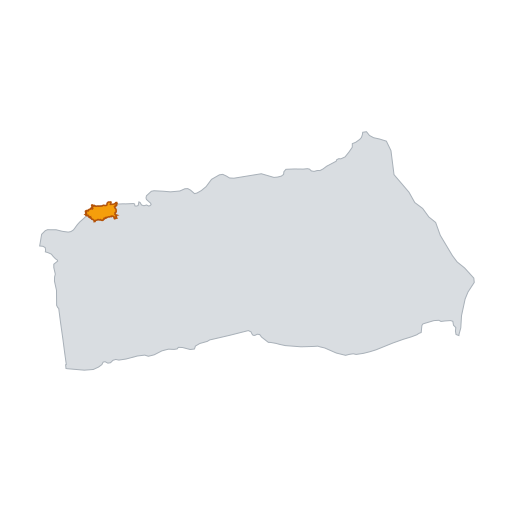 Chereponi, Northern, Ghana (highlighted), rotated 263°
{"feature_id": "2480657B14989848452061", "entity_name": "Chereponi", "entity_type": "district", "adm_level": 2, "iso_a3": "GHA", "parent_name": "Ghana", "parent_adm1": "Northern", "projection": "equal_earth", "projection_center": [0.223, 10.179], "detail": "fine", "context": "in_parent", "style": "filled", "palette": "amber", "viewbox_px": 512, "rotation_deg": 263, "n_neighbors": 0, "source": "geoboundaries", "source_scale": "gbopen_adm2", "svg_char_len": 7247}
<svg xmlns="http://www.w3.org/2000/svg" viewBox="0 0 512 512"><g transform="rotate(263 256 256)"><path d="M303.7,45.9L306.8,49.9L307.5,52.2L306.4,60.8L304.1,66.8L302.6,72.5L302.8,75.3L304.2,78.1L309.0,82.6L311.4,85.4L314.4,89.8L317.7,94.1L323.4,99.6L325.8,100.6L325.7,102.2L324.9,104.3L324.4,125.0L324.0,130.4L323.6,133.1L323.0,140.8L322.4,141.9L321.3,141.8L320.3,142.1L320.1,143.7L320.5,145.2L324.0,146.4L323.2,147.5L320.6,148.6L319.5,150.9L320.0,153.6L318.6,155.7L319.0,157.2L319.9,158.2L321.3,157.8L325.4,154.2L327.0,153.9L329.1,154.6L333.0,160.0L333.2,162.7L331.6,171.8L330.1,178.9L329.8,188.3L331.4,193.6L331.2,196.5L329.4,199.0L325.4,202.6L325.7,205.1L327.6,209.7L330.9,214.9L337.5,221.2L341.0,229.5L341.1,232.9L339.0,236.3L336.7,239.2L335.9,243.5L337.0,271.3L331.8,283.4L331.7,286.9L332.2,290.9L333.6,293.3L336.3,294.0L338.4,296.3L337.7,304.8L336.5,313.5L336.4,317.7L335.7,319.7L333.7,321.3L332.9,324.0L333.4,327.4L333.0,329.9L334.2,333.1L336.5,337.1L340.3,347.1L341.8,347.9L342.5,350.0L342.1,352.1L343.5,356.5L347.8,360.9L352.2,364.8L355.8,365.3L356.7,368.8L359.1,373.2L360.8,375.1L363.5,376.4L365.8,377.0L365.9,380.8L361.8,383.3L359.1,387.1L357.0,393.0L354.1,399.4L344.1,402.8L340.3,402.8L319.9,402.9L300.7,415.6L289.7,420.1L282.9,427.2L273.7,432.3L267.4,438.4L254.1,441.4L232.4,451.0L225.6,454.9L218.7,461.6L207.5,469.5L203.2,469.4L194.4,462.0L187.8,458.3L171.7,452.7L159.7,450.5L153.9,448.1L152.3,447.7L153.7,445.0L157.1,444.8L160.6,445.6L163.2,443.6L167.2,443.4L168.2,441.2L168.5,435.9L168.5,431.6L169.9,429.7L170.2,424.7L168.3,413.5L166.9,412.2L159.9,410.6L159.4,408.4L158.2,406.0L156.8,400.2L155.3,391.7L152.9,381.0L148.2,363.5L147.1,357.3L146.3,350.9L146.1,343.4L147.1,340.6L147.0,336.7L146.5,332.8L149.9,323.9L156.4,312.9L157.8,309.0L159.0,306.3L159.2,302.3L160.4,289.6L163.5,274.2L165.5,268.4L166.8,265.3L168.4,260.1L168.8,257.7L174.8,251.7L177.6,250.1L178.2,247.7L177.3,245.1L177.7,243.4L179.1,242.5L181.3,241.8L182.9,239.3L180.5,220.3L178.5,201.5L178.4,199.9L177.2,197.3L176.0,189.5L174.0,184.9L171.2,183.6L171.2,179.3L174.1,172.0L174.8,167.8L173.4,166.5L173.3,163.2L174.2,157.8L173.8,154.5L173.3,151.0L170.3,142.8L169.6,136.9L171.2,133.5L171.2,126.0L169.6,114.5L169.4,107.2L170.4,104.2L169.9,101.3L167.8,98.6L167.7,95.9L169.5,93.3L169.3,91.3L167.0,89.8L165.0,86.3L163.2,80.7L163.6,71.7L167.1,55.1L167.5,53.7L171.3,53.8L171.4,54.5L183.3,54.3L197.0,54.2L213.3,53.9L228.2,53.8L228.8,53.0L231.3,52.1L246.3,53.8L255.6,52.9L259.6,53.5L262.5,54.6L269.0,53.9L272.5,54.3L275.1,58.5L276.1,58.4L277.6,56.7L280.2,54.7L282.8,53.1L284.7,49.9L285.8,47.4L287.5,47.9L290.0,47.8L291.6,45.7L292.3,42.5L303.7,45.9Z" fill="#d9dde1" stroke="#a8b0b8" stroke-width="1"/><path d="M310.6,122.3L310.9,122.1L311.1,122.3L311.3,122.2L311.6,121.9L311.8,121.9L311.8,122.0L311.9,121.8L312.0,121.8L312.3,122.2L312.5,122.1L312.6,121.9L312.9,122.1L313.3,121.9L313.4,122.0L313.5,122.9L313.6,122.7L313.8,122.3L313.8,122.1L313.9,121.9L314.3,121.6L314.5,121.1L315.7,121.4L315.8,121.5L316.0,121.3L316.2,121.5L316.4,121.7L316.3,122.2L316.4,122.3L316.9,122.4L317.2,122.7L318.2,122.6L318.6,122.9L318.8,122.7L319.4,122.7L319.6,122.6L319.8,122.5L319.8,122.4L319.9,122.6L320.0,122.6L320.0,122.8L320.1,122.6L320.2,122.3L320.3,122.2L320.6,121.9L321.4,121.8L322.0,121.5L322.1,121.9L322.2,122.0L322.3,122.2L322.3,122.3L322.2,122.3L322.2,122.5L322.4,122.7L322.6,122.6L322.8,122.5L323.1,122.5L323.1,122.9L323.0,123.6L323.1,123.8L323.7,124.0L324.0,124.0L324.3,124.0L324.2,123.7L324.5,123.5L324.7,123.9L324.9,124.0L325.1,124.5L325.4,124.5L325.6,124.4L325.9,124.2L326.1,124.2L326.1,123.7L326.1,123.3L325.5,122.8L325.3,122.4L325.1,121.9L324.9,121.4L324.8,120.9L324.7,120.2L324.9,119.7L325.0,119.3L325.0,118.9L324.8,118.3L324.8,118.1L325.0,117.8L325.1,117.7L325.6,118.2L326.5,118.3L326.9,118.7L327.3,118.6L327.4,118.2L327.5,117.8L327.4,117.3L327.4,117.0L327.6,116.1L327.5,115.8L327.4,115.7L327.1,115.3L326.8,115.0L326.5,114.6L326.2,114.6L325.8,114.4L325.0,114.4L324.6,113.9L324.4,113.4L324.4,112.7L324.6,112.1L324.7,111.4L324.9,111.1L325.0,110.7L324.9,110.3L324.4,109.4L324.3,108.9L324.5,108.5L324.5,107.8L324.4,107.5L324.4,107.3L324.6,106.7L324.6,105.8L324.6,105.6L324.8,105.5L324.9,105.2L324.8,104.2L324.8,103.8L324.9,102.9L324.9,102.6L325.0,102.4L325.4,102.3L325.7,101.9L325.9,101.8L325.9,101.6L325.4,101.4L325.3,101.1L325.5,101.0L325.4,100.9L325.6,100.8L325.6,101.0L325.6,100.7L325.7,100.4L326.0,100.3L325.9,100.2L326.1,100.0L326.2,99.8L326.3,99.9L326.6,99.8L326.7,99.7L326.6,99.1L326.3,99.0L326.0,99.1L325.8,99.2L325.6,99.1L325.1,99.4L324.7,99.4L324.5,99.2L324.2,99.6L323.6,99.5L323.4,99.3L323.4,99.5L323.3,99.3L323.1,99.6L322.9,99.4L322.8,99.5L322.7,99.4L322.9,99.2L323.0,98.8L323.4,98.5L323.7,98.5L323.7,98.4L323.5,98.0L323.5,97.7L323.4,97.6L323.2,97.5L323.1,97.4L323.0,97.7L322.9,97.8L322.7,97.8L322.6,97.6L322.7,96.9L322.5,96.6L322.6,96.1L322.4,95.7L322.2,95.4L322.0,95.5L321.9,95.3L321.7,95.2L321.4,95.0L321.4,94.9L321.5,94.7L321.4,94.7L321.5,94.5L321.6,94.4L321.8,94.1L321.8,93.5L321.8,93.3L321.8,93.2L321.7,92.8L321.5,92.7L321.3,92.8L321.2,92.6L321.3,92.5L321.2,92.4L321.2,92.2L320.9,92.1L320.7,92.2L320.4,92.2L320.4,92.4L320.2,92.4L320.2,92.6L320.3,92.6L320.3,92.8L320.2,92.7L320.1,92.8L320.0,92.7L319.8,92.9L319.4,92.8L319.3,92.6L319.2,92.6L319.1,92.4L319.0,92.5L318.8,92.4L318.7,92.6L318.2,92.0L318.0,91.9L317.8,92.0L317.8,91.9L317.8,91.7L317.6,91.9L317.4,92.0L317.5,92.3L317.3,92.2L317.2,92.2L317.2,92.7L317.4,93.1L317.2,93.2L316.9,93.1L316.7,93.1L316.6,93.3L316.8,93.6L316.8,93.8L316.8,94.2L316.8,94.3L316.7,94.3L316.6,94.5L316.6,94.4L316.4,94.2L316.4,94.5L316.2,94.7L315.9,94.9L315.9,94.7L315.7,94.9L315.4,94.9L315.3,95.3L315.1,95.1L315.0,95.3L314.8,95.2L314.7,95.4L314.8,95.5L314.7,95.8L314.8,95.9L314.7,96.1L314.9,96.2L314.7,96.2L314.8,96.4L314.4,96.3L314.2,96.5L314.1,96.9L313.9,96.9L313.7,97.0L313.6,96.8L313.5,97.0L313.3,97.0L313.2,97.1L313.3,97.1L313.2,97.1L313.1,97.3L312.9,97.4L312.6,97.4L312.5,97.9L312.4,98.0L312.3,98.3L312.2,98.4L312.2,98.6L311.9,98.8L311.7,99.0L311.3,99.4L311.0,99.6L310.7,99.5L310.3,99.6L310.2,99.7L309.8,99.6L309.8,99.8L309.9,100.0L309.9,100.5L310.4,100.5L310.7,100.4L310.7,100.6L310.9,100.9L310.9,101.5L311.0,102.2L311.1,103.0L311.5,103.4L311.5,103.8L311.3,103.9L311.0,104.3L310.8,104.9L310.9,105.2L311.0,105.5L311.2,105.8L310.8,106.4L310.7,106.5L310.4,106.5L310.2,107.0L310.3,107.5L310.1,107.8L310.0,108.1L310.2,108.6L310.3,108.6L310.4,108.4L310.5,108.6L310.7,108.8L310.8,108.9L310.8,109.2L310.9,109.5L311.0,109.5L311.3,110.0L311.5,109.9L311.5,110.1L311.7,110.4L311.7,110.5L311.8,110.5L311.8,110.8L311.9,110.7L311.9,110.9L312.1,110.9L312.2,111.2L312.5,111.3L312.5,111.5L312.4,111.6L312.5,111.7L312.3,112.1L312.4,112.3L312.4,112.7L312.5,112.7L312.6,112.8L312.5,113.1L312.5,113.3L312.6,113.5L312.7,113.8L312.8,114.4L312.9,114.5L312.8,114.8L312.7,114.9L312.6,115.3L312.8,115.7L312.7,115.9L312.8,115.8L312.8,116.0L312.8,116.3L312.8,116.5L312.9,116.4L313.0,116.8L312.9,117.0L313.1,117.0L313.2,117.4L313.1,117.6L313.1,117.9L313.2,118.1L313.0,118.4L312.9,118.9L312.8,119.2L312.6,119.3L312.5,119.5L312.4,119.7L312.2,119.8L312.0,119.7L311.8,119.9L311.6,119.9L311.4,120.0L311.3,119.9L311.1,120.1L310.4,119.9L310.2,120.1L310.1,120.3L310.3,120.8L310.4,121.4L310.6,121.5L310.6,122.3Z" fill="#f59e0b" stroke="#b45309" stroke-width="1.5"/></g></svg>